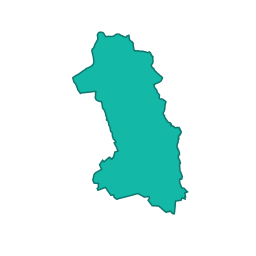 the district of Tarna Mare, Satu Mare, Romania, rotated 241°
{"feature_id": "2599482B73282248803185", "entity_name": "Tarna Mare", "entity_type": "district", "adm_level": 2, "iso_a3": "ROU", "parent_name": "Romania", "parent_adm1": "Satu Mare", "projection": "albers", "projection_center": [23.2, 48.086], "detail": "fine", "context": "isolated", "style": "filled", "palette": "teal", "viewbox_px": 256, "rotation_deg": 241, "n_neighbors": 0, "source": "geoboundaries", "source_scale": "gbopen_adm2", "svg_char_len": 5794}
<svg xmlns="http://www.w3.org/2000/svg" viewBox="0 0 256 256"><g transform="rotate(241 128 128)"><path d="M208.7,173.7L208.9,171.4L208.4,170.3L208.8,169.4L209.2,169.2L210.7,168.1L211.7,167.5L212.3,166.7L213.2,166.4L214.3,165.7L215.6,163.7L215.7,162.8L215.4,160.9L215.4,159.9L215.9,158.1L216.2,157.5L216.7,157.0L217.3,156.0L217.9,154.7L218.7,152.7L222.8,152.6L223.8,152.2L225.1,150.5L225.5,149.8L225.5,148.4L225.3,147.8L224.6,146.7L223.7,146.0L222.7,145.8L220.2,144.5L217.1,139.6L215.9,138.3L214.8,136.9L214.3,134.9L213.3,134.0L212.6,133.6L208.9,132.7L207.0,132.1L202.5,130.3L200.7,128.7L199.8,125.7L200.2,119.7L199.7,118.8L199.8,117.1L199.1,111.6L199.1,107.8L198.8,104.2L197.9,103.8L196.1,103.4L194.2,103.0L192.0,103.6L187.2,103.0L185.8,102.7L181.3,103.1L181.2,104.2L180.9,105.3L179.8,107.6L177.5,113.2L177.4,113.2L177.2,114.2L176.6,115.4L176.3,116.2L176.0,116.6L175.7,117.3L175.4,117.6L173.8,116.3L171.9,115.2L170.5,114.0L170.2,114.0L169.7,114.0L168.5,113.8L167.4,114.2L166.1,115.0L165.6,115.7L164.8,116.3L164.2,117.0L163.5,117.6L157.9,115.5L156.7,115.5L155.9,115.9L151.3,115.4L150.6,115.0L147.1,114.2L146.0,113.9L145.8,113.3L145.3,113.1L144.6,113.7L144.0,114.0L143.2,113.8L141.3,113.2L140.8,113.1L139.9,112.7L138.5,112.6L137.5,112.6L137.1,112.6L136.3,112.1L135.6,112.0L134.8,111.6L133.4,111.3L132.1,111.7L131.7,111.7L130.3,111.4L129.1,110.7L128.7,110.5L127.3,110.2L126.8,110.3L125.5,109.8L125.0,109.9L124.3,110.4L123.8,110.5L122.3,110.5L121.5,110.6L121.7,108.7L116.4,108.6L112.8,108.1L113.3,104.8L109.9,101.6L109.4,101.1L109.4,100.3L109.2,99.8L108.8,99.4L108.5,98.7L108.6,98.4L109.2,98.4L110.8,98.0L110.8,97.3L111.5,97.3L110.2,91.2L110.1,90.6L112.1,90.2L109.7,85.3L104.6,84.8L104.6,78.5L104.0,76.1L99.6,72.0L96.3,71.6L93.8,75.2L90.4,73.2L90.0,71.7L88.1,71.6L87.0,79.4L77.5,80.4L76.4,82.9L74.0,82.3L71.0,83.7L70.9,85.3L68.6,93.9L65.9,104.8L62.1,107.4L59.7,108.7L57.9,113.0L56.3,112.9L55.0,110.5L48.3,111.5L44.9,117.0L39.8,118.9L38.9,119.2L38.3,119.3L37.5,119.7L35.7,120.5L35.6,121.3L35.8,121.8L35.2,122.6L35.0,123.2L35.1,123.5L35.2,124.0L35.2,124.3L34.7,124.6L34.2,124.7L33.7,125.0L31.9,125.4L31.5,125.6L31.1,125.9L30.5,126.9L37.0,131.5L38.1,132.1L41.0,134.2L41.0,134.3L40.8,134.9L40.7,135.2L39.6,137.8L39.1,139.4L40.7,141.4L38.2,143.5L39.7,144.0L39.9,144.1L39.6,144.6L39.7,144.9L39.8,145.0L40.5,145.2L40.8,145.2L41.5,145.5L42.8,145.9L43.8,146.3L43.8,146.7L43.4,147.6L43.6,147.7L43.4,148.0L43.3,148.3L43.3,149.1L45.9,148.3L47.7,148.0L48.4,147.4L49.2,146.4L49.8,146.2L50.2,145.9L50.7,146.1L52.2,146.4L52.6,146.4L53.2,146.4L53.6,146.6L54.1,146.5L54.3,146.5L55.7,147.1L57.0,147.7L57.7,148.2L58.4,148.9L58.4,149.0L57.5,149.6L57.3,149.9L57.4,150.4L58.8,151.6L59.6,152.0L63.6,152.7L64.8,152.5L65.2,152.7L69.5,154.6L71.8,155.9L71.7,156.6L72.5,156.8L72.5,157.0L74.7,157.5L74.8,157.3L76.2,157.5L77.2,157.5L77.6,157.6L77.6,157.8L79.6,158.6L79.6,160.1L80.1,160.2L80.9,160.7L81.7,161.0L82.7,161.1L82.9,161.1L83.4,161.4L83.7,161.2L84.1,161.4L84.9,161.3L85.2,161.5L85.7,161.3L86.0,161.6L86.5,161.5L86.9,161.5L87.3,161.8L87.9,161.8L88.3,162.0L88.7,162.2L89.3,162.7L89.9,163.0L90.0,163.1L90.1,163.4L90.2,163.6L90.7,163.9L90.8,164.1L90.9,164.4L91.2,164.6L91.3,164.9L91.4,165.1L92.1,165.3L92.6,165.6L92.9,166.0L93.4,166.3L93.5,166.9L93.8,167.3L94.2,167.1L94.3,167.2L94.6,167.4L95.2,167.7L95.3,167.7L95.5,167.5L95.9,168.1L96.4,168.4L96.3,168.7L96.4,168.8L96.8,169.1L96.9,169.4L97.0,169.6L96.9,169.7L96.9,170.1L96.8,170.3L97.0,170.4L97.3,170.3L97.3,170.6L97.5,171.1L97.5,171.3L97.8,171.7L97.9,172.0L98.1,172.2L98.8,172.2L99.0,172.5L99.3,172.6L99.5,172.9L99.9,172.7L100.8,172.8L101.2,172.5L101.6,172.8L102.1,172.8L102.5,173.0L103.0,172.9L103.5,172.9L103.7,172.2L103.8,172.2L103.9,172.3L104.3,171.9L104.6,171.6L104.7,171.1L104.6,170.9L104.7,170.7L105.0,170.1L105.2,169.6L105.4,169.2L105.6,169.1L106.0,168.9L106.9,168.9L107.3,168.5L107.6,168.5L107.9,168.3L108.2,167.8L108.5,167.5L108.8,167.0L109.0,167.3L110.0,167.6L110.1,167.2L110.3,166.9L110.4,167.1L110.5,167.2L110.9,167.5L111.0,167.6L111.4,167.6L111.7,167.6L112.2,167.3L112.4,167.1L112.7,166.8L113.1,166.4L113.3,166.1L113.9,165.9L114.7,165.8L115.2,165.7L115.7,165.7L117.0,165.5L118.3,165.5L119.8,165.3L120.3,165.4L120.8,165.7L121.2,166.0L121.5,165.9L122.3,165.6L122.7,165.6L123.6,165.8L124.1,166.1L124.6,166.8L125.5,168.2L126.0,168.6L126.8,169.4L127.7,169.9L129.2,171.0L129.7,171.2L130.3,171.7L131.7,173.0L132.5,173.9L133.2,173.8L134.9,172.9L136.4,172.3L136.9,171.7L137.3,170.8L137.5,170.4L138.1,170.1L138.5,170.0L139.3,170.1L139.8,170.2L140.7,170.9L141.2,171.3L141.6,171.5L144.7,170.9L145.0,170.9L146.4,171.3L147.6,171.4L148.0,171.4L148.6,171.1L149.1,171.0L150.4,171.0L152.0,171.2L152.6,171.7L153.5,171.9L153.4,172.3L153.3,172.6L153.3,174.2L153.1,175.4L153.0,176.4L152.9,177.0L153.0,178.5L153.0,178.9L153.2,179.7L153.3,180.0L153.9,180.8L155.1,182.5L155.6,182.5L157.3,182.0L158.2,181.5L158.3,181.3L158.5,181.2L160.2,180.9L160.9,180.6L161.3,180.3L161.7,180.1L162.3,180.1L163.6,179.8L165.6,179.0L166.2,179.0L167.1,179.4L167.7,179.3L169.0,178.5L169.6,178.5L170.4,178.6L171.7,178.7L172.7,180.9L173.1,181.4L174.2,182.2L175.5,182.7L176.1,183.1L177.2,183.6L177.7,183.9L178.1,184.3L178.4,184.4L178.9,184.3L179.1,183.9L180.6,183.8L181.5,183.8L181.7,184.0L182.6,184.1L183.3,183.9L184.2,183.6L184.3,183.2L184.2,182.8L184.2,182.4L184.3,181.9L184.6,181.5L185.1,181.2L185.9,180.4L186.8,179.3L187.5,178.6L188.2,177.9L188.4,177.3L188.4,177.1L188.5,177.0L188.4,176.9L188.4,176.5L188.9,176.2L189.2,175.8L189.9,175.3L190.2,175.0L190.6,173.9L190.9,173.7L190.9,173.1L191.8,172.4L191.9,171.8L192.0,171.6L192.2,171.4L192.5,171.3L193.0,171.2L193.6,171.2L194.7,171.4L195.1,171.6L195.6,172.0L196.4,172.1L197.6,172.6L199.4,173.4L199.6,173.7L200.4,173.5L200.9,173.5L201.3,173.3L201.6,173.3L201.7,173.1L204.3,172.1L208.7,173.7Z" fill="#14b8a6" stroke="#0f766e" stroke-width="1.5"/></g></svg>